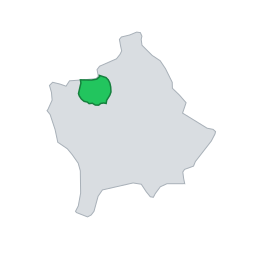 Istok highlighted on a map of Kosovo, rotated 13°
{"feature_id": "KOS-5887", "entity_name": "Istok", "entity_type": "District", "adm_level": 1, "iso_a3": "XKX", "parent_name": "Kosovo", "parent_adm1": "", "projection": "albers", "projection_center": [20.485, 42.778], "detail": "fine", "context": "in_parent", "style": "filled", "palette": "green", "viewbox_px": 256, "rotation_deg": 13, "n_neighbors": 0, "source": "natural_earth", "source_scale": "10m", "svg_char_len": 1375}
<svg xmlns="http://www.w3.org/2000/svg" viewBox="0 0 256 256"><g transform="rotate(13 128 128)"><path d="M73.3,91.2L85.7,87.2L87.5,84.3L84.7,78.1L86.4,74.2L101.2,63.2L103.6,58.2L104.5,54.3L102.5,50.1L99.7,43.6L101.1,40.8L108.7,37.0L114.9,32.6L118.6,32.3L120.9,35.4L120.9,38.7L123.0,44.2L127.6,47.1L135.3,51.9L144.2,55.2L151.2,61.8L160.8,73.5L162.3,79.3L170.9,84.5L178.9,90.3L177.8,101.2L205.1,110.4L211.2,110.2L214.1,111.8L214.1,114.3L212.1,122.0L201.2,145.5L200.4,150.4L192.4,155.6L191.3,158.6L193.7,165.0L195.8,169.5L195.7,169.5L178.5,173.5L172.7,178.0L169.3,185.8L168.3,189.8L165.2,190.0L160.1,186.0L153.6,179.8L145.3,180.4L117.0,194.1L114.2,201.3L113.6,216.8L111.7,221.0L108.6,223.7L96.8,222.0L95.6,221.0L97.1,215.1L96.5,202.1L91.2,180.5L87.4,173.5L79.6,166.5L73.6,161.9L62.8,157.7L57.3,145.9L49.1,132.4L45.2,129.3L45.8,128.0L47.8,117.9L45.4,110.5L41.9,104.2L44.3,100.4L51.9,100.5L58.2,101.2L60.4,95.2L73.3,91.2Z" fill="#d9dde1" stroke="#a8b0b8" stroke-width="1"/><path d="M73.4,91.3L81.7,89.5L86.5,87.5L88.7,84.5L88.3,83.2L89.4,83.3L95.2,83.8L98.0,85.6L100.2,88.3L101.9,91.9L103.3,96.7L102.9,100.1L102.2,102.3L101.0,105.7L101.2,109.0L98.7,109.1L95.9,110.2L94.3,112.3L91.0,113.0L87.7,111.9L84.6,113.0L82.5,111.9L79.2,111.9L75.9,110.2L73.3,107.7L72.0,105.6L72.0,102.1L72.0,98.3L72.0,94.8L70.8,91.8L73.4,91.3Z" fill="#22c55e" stroke="#15803d" stroke-width="1.5"/></g></svg>